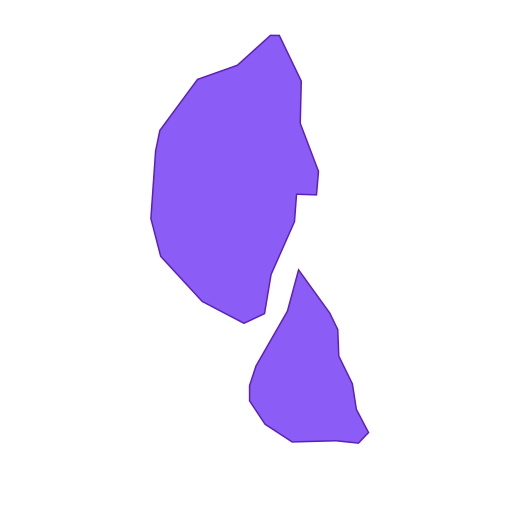 outline of Murillo, Federated States of Micronesia, rotated 164°
{"feature_id": "79324940B22621558301948", "entity_name": "Murillo", "entity_type": "district", "adm_level": 2, "iso_a3": "FSM", "parent_name": "Federated States of Micronesia", "parent_adm1": "", "projection": "natural_earth1", "projection_center": [152.34, 8.694], "detail": "fine", "context": "isolated", "style": "filled", "palette": "violet", "viewbox_px": 512, "rotation_deg": 164, "n_neighbors": 0, "source": "geoboundaries", "source_scale": "gbopen_adm2", "svg_char_len": 586}
<svg xmlns="http://www.w3.org/2000/svg" viewBox="0 0 512 512"><g transform="rotate(164 256 256)"><path d="M313.8,403.2L323.6,384.5L346.7,321.0L347.7,281.9L320.2,227.1L286.1,194.6L263.7,198.3L246.6,234.1L209.5,278.5L200.0,304.2L181.0,298.1L172.6,320.1L176.9,371.3L164.3,411.6L172.8,461.6L181.3,464.1L221.3,444.5L263.5,441.9L313.8,403.2ZM218.9,230.9L241.0,194.3L286.3,150.3L297.9,133.2L302.1,118.5L293.6,91.7L272.5,67.3L230.2,56.4L209.1,47.9L196.5,55.3L201.8,80.9L198.6,106.5L204.0,137.0L197.7,162.7L200.8,180.7L218.9,230.9Z" fill="#8b5cf6" stroke="#5b21b6" stroke-width="1.5"/></g></svg>